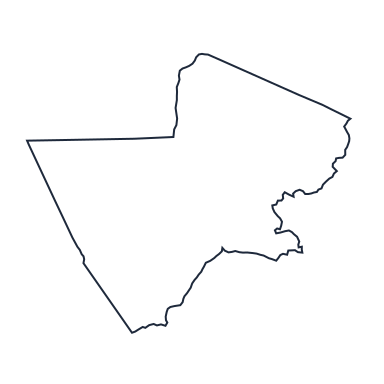 the district of Pirapemas, Maranhão, Brazil, rotated 177°
{"feature_id": "56859067B76556806546899", "entity_name": "Pirapemas", "entity_type": "district", "adm_level": 2, "iso_a3": "BRA", "parent_name": "Brazil", "parent_adm1": "Maranhão", "projection": "orthographic", "projection_center": [-44.224, -3.776], "detail": "fine", "context": "isolated", "style": "outline", "palette": "slate", "viewbox_px": 384, "rotation_deg": 177, "n_neighbors": 0, "source": "geoboundaries", "source_scale": "gbopen_adm2", "svg_char_len": 2101}
<svg xmlns="http://www.w3.org/2000/svg" viewBox="0 0 384 384"><g transform="rotate(177 192 192)"><path d="M90.8,182.0L91.1,185.1L88.4,187.4L84.4,188.6L81.1,187.0L79.1,184.1L75.9,183.9L72.9,184.3L70.3,185.1L67.3,185.5L65.6,187.8L62.5,188.8L60.8,192.5L57.6,195.4L54.2,198.2L51.0,199.7L49.3,203.0L46.3,205.3L50.2,209.8L49.8,212.9L47.0,215.3L46.3,218.0L43.4,218.4L39.8,218.4L37.0,221.1L36.8,226.1L34.8,228.7L33.6,231.5L32.4,234.5L32.0,237.3L32.4,240.7L34.0,243.8L35.1,246.2L36.6,249.4L34.2,252.3L32.6,255.0L30.0,256.9L48.4,267.2L57.0,272.1L80.1,283.3L156.3,322.1L168.8,328.4L172.1,328.8L174.8,329.4L177.9,329.0L180.8,326.3L182.3,323.1L184.8,320.1L188.2,318.1L191.6,316.8L195.0,315.8L197.8,313.8L199.0,308.9L198.6,304.9L199.9,301.5L201.7,297.6L201.7,292.7L202.1,288.7L202.3,284.6L204.0,276.8L203.0,266.1L204.1,259.6L206.5,255.5L207.7,247.9L246.8,248.2L319.9,250.7L354.0,251.9L352.6,248.1L329.2,190.3L322.2,173.3L313.8,152.7L309.3,143.3L307.1,140.1L305.4,135.6L303.7,133.5L303.2,130.5L304.1,126.6L259.3,54.6L256.0,55.6L253.0,57.3L248.3,59.8L245.7,58.8L241.7,61.3L237.2,62.2L234.0,60.6L229.9,61.4L225.5,59.8L223.5,62.9L224.7,65.3L224.8,68.9L223.5,73.7L222.3,76.6L219.6,78.3L215.5,79.0L209.6,79.6L207.1,82.5L206.2,85.8L205.0,88.3L202.2,91.3L199.9,94.4L198.3,96.5L196.6,100.7L194.0,104.1L191.7,106.4L189.6,109.2L186.9,111.9L185.7,114.2L184.0,116.8L181.9,120.6L177.4,122.3L173.2,124.9L171.0,126.8L168.3,128.6L165.3,131.2L164.6,134.6L162.3,131.7L158.7,129.8L155.2,130.1L151.9,130.8L147.8,129.4L144.3,128.8L140.1,128.7L134.3,127.8L130.7,127.1L127.0,125.7L123.8,124.8L118.6,121.8L115.9,120.9L111.5,119.0L109.2,121.6L107.1,124.4L104.4,125.5L100.3,124.4L98.9,128.5L95.3,128.5L92.2,128.5L89.4,126.4L85.0,125.7L85.4,128.8L85.2,131.6L88.4,131.1L88.6,133.9L87.5,136.9L89.4,141.8L92.4,144.5L94.3,146.7L97.2,148.5L101.1,148.0L105.7,146.9L110.1,146.3L111.2,149.4L108.9,151.1L106.1,150.2L104.7,153.7L103.7,157.6L105.4,161.1L107.6,163.4L110.7,167.6L112.2,171.4L112.5,174.4L108.5,175.1L106.7,178.9L103.1,178.8L101.3,180.8L101.5,184.4L99.4,186.9L94.9,184.1L90.8,182.0Z" fill="none" stroke="#1e293b" stroke-width="2"/></g></svg>